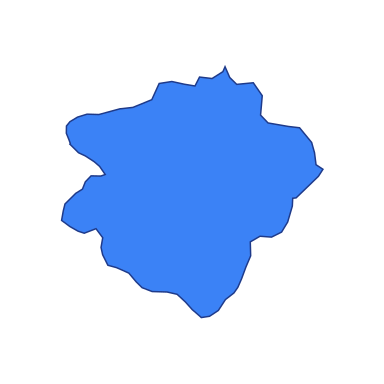 Ulricehamn, Västra Götaland, Sweden (Albers equal-area conic projection), rotated 243°
{"feature_id": "70781695B39673713776629", "entity_name": "Ulricehamn", "entity_type": "district", "adm_level": 2, "iso_a3": "SWE", "parent_name": "Sweden", "parent_adm1": "Västra Götaland", "projection": "albers", "projection_center": [13.518, 57.833], "detail": "fine", "context": "isolated", "style": "filled", "palette": "blue", "viewbox_px": 384, "rotation_deg": 243, "n_neighbors": 0, "source": "geoboundaries", "source_scale": "gbopen_adm2", "svg_char_len": 1201}
<svg xmlns="http://www.w3.org/2000/svg" viewBox="0 0 384 384"><g transform="rotate(243 192 192)"><path d="M290.1,104.9L278.5,108.7L272.6,113.3L263.4,118.6L256.8,121.3L247.0,122.6L247.6,118.0L252.2,109.4L249.5,101.6L244.3,95.7L243.6,87.8L239.0,73.4L233.7,68.8L225.9,62.9L216.7,67.5L208.8,72.7L204.2,77.3L202.9,89.8L191.8,91.7L183.9,85.8L176.7,83.9L166.1,83.8L164.9,83.8L158.9,90.4L148.4,98.9L137.2,101.5L129.4,104.1L121.4,111.3L114.2,124.4L107.6,132.3L97.0,136.2L87.1,138.8L78.3,142.4L75.9,143.3L73.3,151.2L74.5,161.7L81.0,173.0L83.0,183.5L86.2,189.5L92.1,196.7L100.7,206.0L108.5,215.3L121.1,221.3L121.7,232.5L115.7,242.4L115.6,253.6L121.8,263.6L133.9,275.0L140.7,278.9L139.5,282.1L143.5,295.2L148.6,311.8L152.8,319.0L160.0,314.9L171.4,319.0L181.8,321.1L200.4,317.0L206.6,307.7L212.8,299.4L219.0,291.1L229.4,288.0L237.7,293.2L245.9,298.3L261.5,296.2L267.6,280.7L276.9,277.6L288.6,278.3L285.2,274.2L284.0,261.4L291.0,250.9L285.1,242.8L291.5,234.1L299.6,224.2L303.6,212.0L292.5,198.1L294.2,177.8L298.2,167.1L298.8,165.7L300.5,157.6L303.3,144.2L309.0,133.8L310.7,124.0L310.1,115.3L307.8,110.1L301.4,106.7L294.5,106.1L290.5,105.6L290.1,104.9Z" fill="#3b82f6" stroke="#1e3a8a" stroke-width="1.5"/></g></svg>